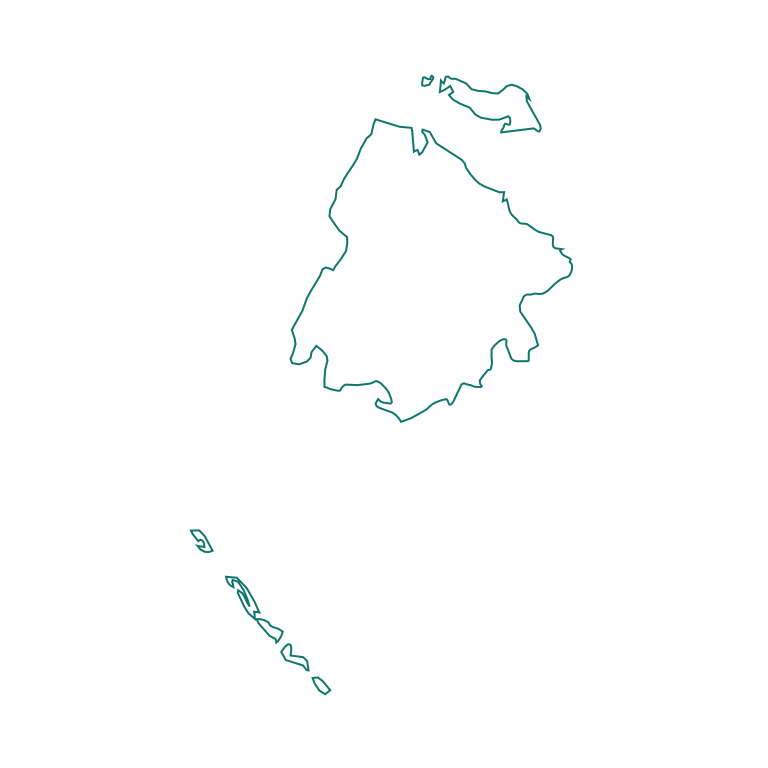 an SVG outline of Ciego de Ávila, rotated 9°
{"feature_id": "CUB-1363", "entity_name": "Ciego de Ávila", "entity_type": "Province", "adm_level": 1, "iso_a3": "CUB", "parent_name": "Cuba", "parent_adm1": "", "projection": "equal_earth", "projection_center": [-78.664, 21.637], "detail": "fine", "context": "isolated", "style": "outline", "palette": "teal", "viewbox_px": 768, "rotation_deg": 9, "n_neighbors": 0, "source": "natural_earth", "source_scale": "10m", "svg_char_len": 4769}
<svg xmlns="http://www.w3.org/2000/svg" viewBox="0 0 768 768"><g transform="rotate(9 384 384)"><path d="M334.2,123.9L359.2,127.5L371.1,126.7L372.4,130.1L377.2,149.9L378.1,149.1L380.5,147.6L383.1,152.0L385.4,149.3L389.3,138.5L386.1,132.8L384.4,130.6L382.3,129.0L382.3,126.7L389.8,128.0L397.9,138.1L425.6,150.4L429.2,153.5L431.4,157.9L436.4,163.2L442.2,168.1L446.7,171.1L452.7,173.3L468.0,176.6L472.7,175.7L472.6,178.0L472.8,182.7L472.7,185.0L475.3,183.4L476.3,182.5L478.0,185.9L480.4,192.4L482.3,195.4L484.5,197.5L489.1,200.5L491.1,202.6L493.0,203.9L495.5,204.0L498.2,203.6L500.6,203.8L509.3,208.2L513.2,209.6L525.8,210.8L528.0,212.2L528.5,215.6L528.8,219.5L530.1,222.4L532.2,223.1L538.7,223.0L537.9,223.5L537.0,224.8L539.7,227.9L542.9,229.4L546.1,230.3L548.8,231.5L548.4,234.5L550.6,236.2L551.1,237.5L551.6,239.3L551.7,241.3L551.5,243.2L550.5,246.9L549.6,248.5L548.2,249.7L544.8,251.2L541.8,253.3L537.3,258.1L531.2,266.2L528.4,268.7L526.2,270.1L523.0,270.9L519.1,271.0L515.0,272.7L513.4,273.0L511.7,273.1L510.0,274.2L508.6,275.2L505.7,285.1L507.2,291.0L508.2,292.2L520.6,305.3L525.0,310.9L530.1,321.7L526.9,324.6L523.3,327.0L522.5,328.0L522.1,328.9L522.1,330.3L523.1,337.2L523.2,338.4L521.8,339.1L511.9,340.7L508.4,340.6L505.8,339.0L501.9,332.3L501.0,330.5L499.5,328.5L498.7,326.8L498.4,325.1L498.3,323.1L498.1,321.9L497.7,321.2L497.0,320.9L495.9,320.8L493.7,321.7L491.1,323.7L487.3,328.4L485.8,331.2L484.9,333.1L485.8,339.5L487.1,345.0L487.3,347.0L487.4,349.7L487.2,351.8L486.8,353.1L486.2,353.6L484.8,353.8L484.0,354.5L482.4,357.7L481.1,359.5L478.1,365.3L478.5,367.7L479.3,369.3L480.4,370.3L480.9,371.0L480.2,371.8L478.4,372.2L473.6,372.5L470.2,371.7L464.3,371.2L462.9,370.8L460.6,372.3L458.1,380.7L455.2,390.7L454.4,392.2L453.0,394.1L452.0,394.1L451.4,393.7L450.8,392.9L450.4,392.0L449.1,390.0L448.5,389.4L447.9,389.2L443.5,390.9L437.7,394.2L434.9,396.4L431.9,399.8L431.1,401.2L429.3,403.1L416.0,413.6L406.7,418.7L404.8,416.3L400.6,412.8L396.7,410.9L383.2,408.3L380.0,407.0L378.8,404.5L380.5,399.8L383.4,401.8L386.6,402.5L393.6,402.3L394.6,400.8L393.3,397.3L390.1,391.8L388.3,389.8L385.7,387.4L380.5,383.6L376.8,382.3L374.9,382.6L373.2,384.0L370.1,385.8L358.3,389.2L346.4,390.6L345.2,391.3L343.7,392.8L342.6,394.7L342.1,396.4L341.3,397.6L339.3,397.9L331.5,397.4L328.4,396.5L325.7,396.3L324.5,389.2L323.7,378.8L324.5,369.8L323.0,365.3L317.4,360.4L311.2,356.9L307.4,363.9L307.4,369.3L304.5,373.8L297.1,377.8L290.0,377.8L287.8,373.8L289.3,367.8L290.4,358.4L288.6,352.9L284.5,345.0L286.4,339.5L291.9,324.6L294.5,311.2L297.1,303.8L300.8,294.8L303.8,287.4L305.3,280.4L308.3,278.0L312.3,278.5L316.0,279.5L317.5,275.5L322.0,267.1L325.7,258.6L325.7,250.7L324.6,244.7L321.2,242.7L315.7,239.3L307.9,231.3L303.9,226.9L303.5,219.9L307.2,209.0L306.9,199.6L310.2,195.6L312.4,187.7L315.7,180.3L319.4,172.3L322.0,165.9L324.3,155.0L326.9,148.1L328.3,144.1L330.6,141.6L332.4,139.1L333.1,128.7L334.2,123.9ZM461.3,102.2L456.4,104.9L449.5,106.1L438.0,105.8L432.2,103.6L425.3,97.6L414.8,95.1L407.5,92.2L403.0,88.4L406.7,84.7L402.8,79.3L397.6,84.2L393.5,86.9L392.8,75.4L393.7,76.3L396.1,77.7L397.0,71.0L399.3,70.3L402.0,71.8L404.0,71.9L406.7,71.3L418.0,74.2L424.2,79.1L431.3,79.8L438.5,79.1L444.9,79.8L451.1,79.3L455.1,75.3L458.6,70.7L463.1,68.4L468.9,69.2L474.9,71.3L480.1,74.9L483.0,79.8L482.1,79.3L479.7,77.7L480.8,82.3L497.8,104.0L498.8,107.0L498.0,110.3L496.2,110.3L493.9,108.9L491.9,108.1L460.4,117.2L460.4,115.1L460.9,114.1L461.5,113.2L462.0,111.8L462.3,109.2L463.0,107.9L464.7,108.1L466.4,108.5L467.5,108.1L467.7,104.9L466.8,101.6L464.7,100.1L461.3,102.2ZM296.6,629.2L295.3,629.1L291.3,629.2L292.1,631.2L293.1,636.2L285.9,631.6L281.0,626.0L272.2,613.1L272.2,610.6L276.7,612.7L279.9,616.6L282.8,621.0L286.1,624.8L282.8,617.9L277.2,609.0L270.7,602.1L265.1,601.2L265.1,603.7L266.0,605.0L266.2,605.6L266.4,606.5L267.0,608.2L264.1,607.1L261.6,605.3L259.6,602.6L258.2,599.1L268.9,598.4L280.3,607.0L290.1,619.2L296.6,629.2ZM334.2,666.8L346.8,666.4L351.4,669.7L354.3,678.7L352.4,678.7L348.1,674.7L330.2,672.0L324.4,664.7L327.5,658.8L330.0,656.0L332.5,656.2L333.6,658.9L334.1,662.4L334.2,666.8ZM308.9,639.9L311.9,641.4L317.9,642.3L322.7,644.4L321.9,649.4L319.7,654.3L318.1,656.2L317.4,654.0L316.6,652.7L310.5,650.7L297.7,640.1L295.0,636.2L298.2,635.6L302.9,636.0L307.1,637.4L308.9,639.9ZM216.3,559.0L224.4,557.5L230.8,562.4L240.8,575.5L236.9,577.6L232.6,577.7L228.6,576.2L225.1,573.0L226.9,573.2L232.1,573.0L231.0,569.3L229.1,567.0L227.0,566.5L225.2,568.3L218.5,562.2L216.3,559.0ZM359.5,685.5L364.5,684.2L369.9,687.0L378.8,694.9L374.4,699.6L368.2,696.9L362.5,690.9L359.5,685.5ZM382.3,73.0L382.9,72.1L384.7,73.2L384.5,75.3L382.7,79.1L382.0,81.2L377.4,83.2L375.1,83.1L374.6,80.9L374.6,75.3L376.1,74.7L379.6,76.0L382.0,75.6L382.3,73.0Z" fill="none" stroke="#0f766e" stroke-width="2"/></g></svg>